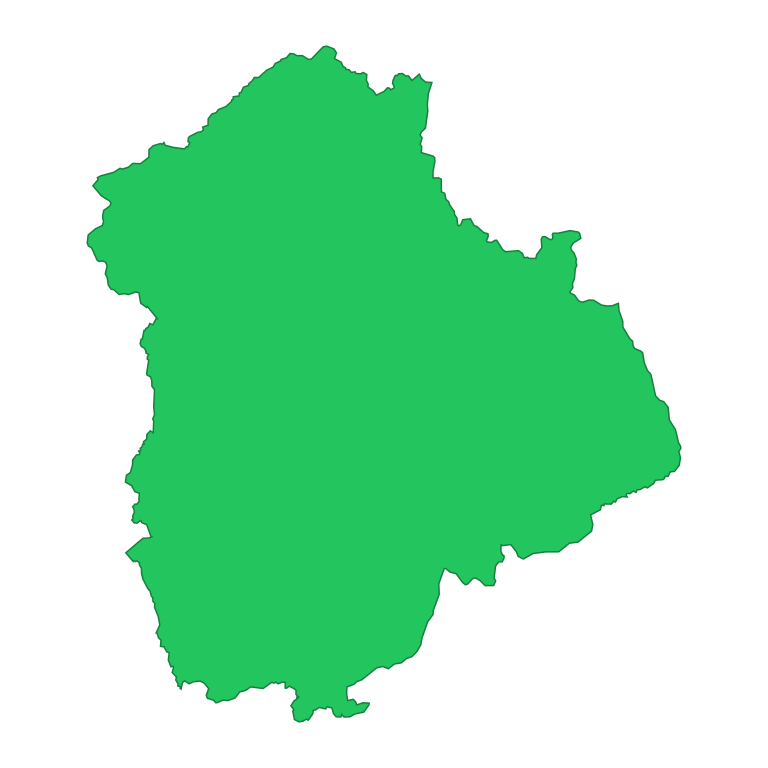 San Vicente, Antioquia, Colombia
{"feature_id": "7082276B36807549160801", "entity_name": "San Vicente", "entity_type": "district", "adm_level": 2, "iso_a3": "COL", "parent_name": "Colombia", "parent_adm1": "Antioquia", "projection": "natural_earth1", "projection_center": [-75.346, 6.311], "detail": "fine", "context": "isolated", "style": "filled", "palette": "green", "viewbox_px": 768, "rotation_deg": 0, "n_neighbors": 0, "source": "geoboundaries", "source_scale": "gbopen_adm2", "svg_char_len": 6056}
<svg xmlns="http://www.w3.org/2000/svg" viewBox="0 0 768 768"><path d="M419.3,74.2L411.9,80.5L408.6,75.9L405.6,76.0L402.4,73.5L398.4,73.9L397.4,75.6L395.8,75.3L394.8,76.2L393.0,80.4L392.6,83.3L394.3,87.0L393.9,88.1L390.8,89.7L389.4,88.1L387.4,87.8L384.1,91.4L376.3,95.2L373.1,90.6L368.0,87.0L368.1,83.8L366.4,80.4L366.8,74.5L363.2,72.5L360.5,73.8L356.0,73.5L355.1,71.8L351.4,72.4L349.1,69.8L345.9,69.3L345.4,67.6L343.2,66.7L341.2,62.2L334.5,58.6L336.5,52.9L333.9,48.9L326.5,46.1L323.1,46.9L311.3,59.1L308.2,59.3L302.4,55.6L297.0,55.7L293.8,53.9L290.0,53.5L286.5,57.8L281.1,59.4L280.4,61.0L275.2,63.5L273.1,67.1L266.6,70.3L258.6,77.5L254.3,77.5L252.0,81.1L249.1,83.3L248.3,85.5L243.4,87.2L241.1,92.3L239.4,92.9L239.0,96.0L233.3,96.7L233.1,99.2L231.7,100.0L231.5,101.5L225.9,106.6L218.4,109.5L216.1,112.7L212.0,113.9L208.2,118.8L208.0,125.3L202.7,127.1L203.4,130.0L201.4,131.7L197.8,132.3L189.5,136.5L188.4,137.9L188.0,141.6L189.7,142.8L187.9,146.8L186.6,146.6L184.6,148.9L172.9,147.3L165.2,145.3L163.9,142.5L162.2,144.4L160.7,143.5L153.2,145.7L149.0,149.7L148.9,157.2L140.5,163.7L132.8,163.4L128.4,167.2L122.5,169.1L120.0,168.3L113.8,172.3L101.1,175.7L97.4,177.6L98.1,179.6L92.9,185.8L101.5,196.0L109.5,200.9L111.1,203.3L109.8,206.0L103.7,210.4L102.6,216.3L103.5,222.1L102.3,225.5L95.3,228.9L88.2,235.0L87.2,243.1L88.5,246.1L91.7,248.0L97.1,260.1L98.7,261.4L102.0,261.0L105.6,262.0L107.1,266.0L105.3,273.9L107.2,277.6L108.4,285.4L111.2,289.3L113.9,289.7L119.1,294.5L124.5,293.6L128.4,294.6L135.6,292.0L138.9,292.7L140.7,303.2L146.6,307.5L147.4,306.5L157.3,318.7L156.1,318.8L152.8,324.8L149.8,323.5L148.1,327.2L145.7,328.6L145.3,330.3L144.0,330.4L142.4,338.9L141.1,339.2L140.1,343.7L141.4,346.6L143.9,347.7L145.9,350.6L145.9,352.9L148.6,354.4L147.3,357.1L147.3,359.3L148.7,360.2L146.6,373.8L147.3,375.3L150.4,376.7L151.8,380.4L151.9,386.2L154.5,389.8L153.7,406.4L154.5,414.7L152.7,419.0L153.7,421.1L153.2,432.8L150.3,430.8L146.9,434.4L146.7,439.1L143.4,441.8L144.1,444.1L142.8,444.1L141.9,446.9L140.2,448.3L140.7,450.6L138.6,451.0L140.0,453.3L139.2,454.6L136.4,455.0L132.7,459.9L132.5,465.1L130.3,472.6L126.5,475.2L125.4,482.1L131.6,485.7L134.9,491.7L139.4,493.3L138.8,499.5L139.5,500.9L136.8,504.2L135.0,504.1L132.6,506.8L133.9,509.0L134.3,512.5L132.7,516.1L133.1,518.6L131.7,520.0L134.2,522.9L137.1,523.1L140.7,520.5L142.0,522.8L146.7,524.6L150.8,536.1L151.8,536.8L148.9,538.0L142.9,538.3L125.8,552.8L133.3,561.6L134.0,560.7L135.4,561.6L136.7,560.9L139.5,562.6L139.3,564.6L141.4,568.3L141.6,574.0L143.1,579.4L147.9,588.8L150.0,590.9L151.4,596.3L152.8,597.5L152.9,601.3L154.9,603.5L154.5,607.1L158.3,616.7L159.8,624.9L156.1,632.9L157.0,633.0L158.6,637.9L161.0,640.2L160.5,646.4L163.9,646.8L166.9,651.9L169.2,652.7L168.3,660.0L171.0,666.9L172.8,666.2L173.6,667.1L172.2,672.5L176.4,677.0L175.8,680.0L178.2,684.2L177.7,685.8L180.3,686.6L180.1,688.3L181.1,689.1L182.4,682.7L184.5,680.8L189.1,683.8L193.6,681.7L200.4,681.1L204.5,683.4L208.7,688.7L206.3,695.1L207.4,698.3L213.6,700.2L215.6,702.6L217.1,702.7L222.7,700.2L228.0,700.5L235.1,698.0L239.6,692.0L245.9,690.3L250.6,686.9L263.1,688.5L271.6,682.4L274.2,683.1L275.8,682.2L278.2,683.8L282.2,682.1L285.3,682.5L285.1,688.0L286.4,688.3L289.3,686.2L295.0,689.2L296.0,690.4L296.0,694.5L298.7,697.1L298.0,697.9L296.9,697.3L296.8,699.1L294.2,700.7L290.9,705.8L293.9,709.7L292.8,711.0L294.4,719.5L299.2,721.9L303.0,721.2L306.4,719.1L308.3,720.2L312.7,714.0L313.3,710.2L315.5,710.0L319.2,707.4L325.6,708.9L327.1,706.7L331.9,708.0L333.5,713.6L336.0,716.6L338.5,717.0L341.1,716.8L341.5,714.5L344.0,717.0L350.0,716.8L354.9,714.0L363.9,712.1L369.0,704.7L369.1,703.1L362.9,702.8L356.9,704.9L355.4,701.5L353.2,699.3L347.7,700.6L346.6,693.8L346.9,686.9L354.3,684.2L356.4,681.8L361.9,679.7L376.8,667.8L382.8,666.5L388.4,668.7L394.5,664.0L401.5,662.8L406.3,658.6L412.0,656.6L416.8,651.7L420.7,645.1L422.0,637.9L427.7,621.7L433.0,614.6L433.4,610.1L439.2,594.4L438.8,583.9L444.1,568.9L445.7,568.4L450.0,572.1L456.1,573.6L462.6,582.5L465.4,584.8L467.7,584.0L472.5,578.8L475.0,577.6L480.2,580.7L485.1,585.6L493.6,585.6L495.7,580.9L494.1,578.1L495.6,565.9L498.7,561.9L502.2,561.8L504.0,558.3L504.1,556.0L502.2,554.5L500.8,550.9L501.2,544.9L502.6,545.6L510.8,544.6L516.4,551.8L518.2,556.4L523.4,559.0L533.1,553.5L545.4,551.9L558.8,551.8L569.4,543.2L578.0,542.1L591.6,531.1L592.8,524.5L590.6,514.9L600.4,509.8L601.4,505.2L603.9,505.7L604.2,504.0L611.3,504.1L613.6,501.4L615.5,502.0L617.1,498.8L622.4,496.6L627.2,497.0L626.2,495.0L626.8,493.5L630.1,493.6L633.1,491.1L636.1,492.4L636.9,489.9L639.9,489.6L644.8,486.8L647.4,487.9L653.6,483.5L655.5,480.2L662.6,479.7L664.4,478.6L664.8,476.6L668.1,476.3L670.2,471.9L674.5,471.4L679.2,465.3L680.5,457.5L678.8,451.6L680.8,448.5L680.7,446.6L678.6,442.8L675.4,429.5L669.3,419.9L668.2,407.4L663.6,401.6L659.7,400.3L655.6,395.9L650.9,374.5L647.4,370.4L644.2,362.6L642.7,352.9L641.0,351.2L634.5,348.5L632.9,345.0L632.7,341.4L629.6,338.4L622.9,327.1L622.7,321.1L619.0,310.6L618.4,303.3L612.1,305.8L607.2,306.0L601.6,305.1L593.8,300.3L589.1,300.0L582.3,302.3L578.7,300.9L574.5,295.1L570.2,292.9L570.0,291.7L572.8,287.7L572.5,283.2L574.4,279.2L575.3,268.7L576.8,265.3L575.9,262.4L576.4,259.0L573.9,252.9L571.2,249.8L570.8,247.2L573.3,242.9L580.8,238.4L579.6,233.4L578.1,232.0L570.0,230.6L558.1,233.2L553.1,233.2L552.3,234.6L552.9,237.7L551.9,239.6L549.5,239.4L545.1,236.6L542.5,236.8L541.2,239.3L541.9,247.6L536.6,254.8L535.9,258.4L529.1,258.4L527.5,257.3L524.3,257.8L522.3,253.3L518.6,250.7L505.5,251.7L502.8,249.8L496.7,240.3L494.9,240.3L491.7,242.4L487.3,242.0L486.5,240.6L488.2,236.3L488.0,233.7L483.9,232.7L477.3,226.8L473.9,225.4L470.5,218.8L462.8,219.7L460.7,224.7L459.0,225.8L457.7,225.0L456.9,217.8L454.7,214.9L454.2,211.4L449.6,204.7L448.6,201.6L445.9,199.4L444.8,193.4L441.4,191.8L441.2,179.2L438.6,177.9L433.1,178.0L432.9,172.3L434.9,161.3L434.6,157.6L433.2,156.2L421.3,152.6L421.7,146.5L420.2,144.4L422.1,137.8L420.0,134.8L421.4,132.0L425.4,128.2L427.8,111.0L427.3,105.0L428.3,93.8L431.9,82.5L425.6,82.1L421.3,78.5L419.3,74.2Z" fill="#22c55e" stroke="#15803d" stroke-width="1.5"/></svg>